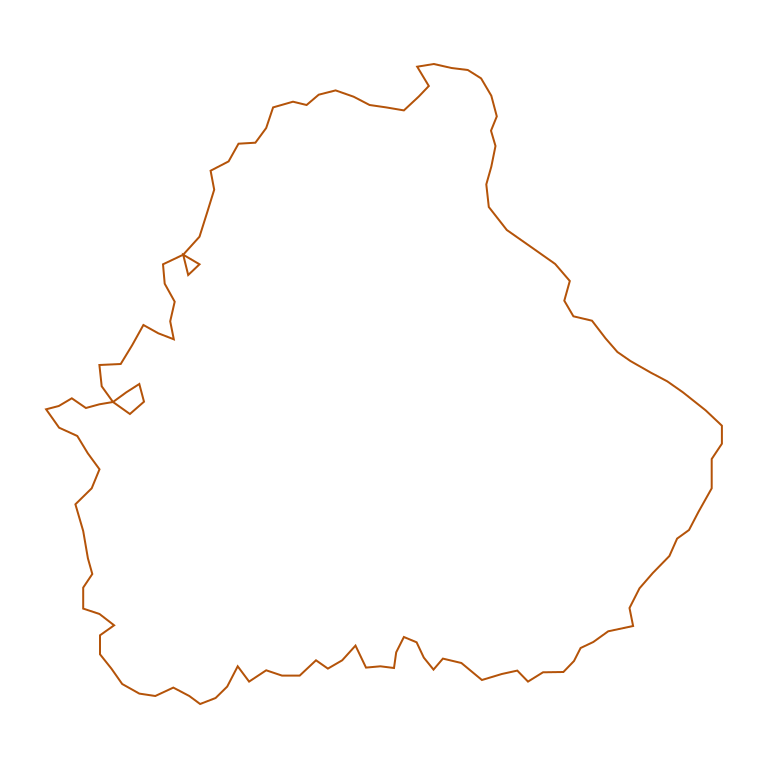 outline of Santa Terezinha do Progresso, Santa Catarina, Brazil
{"feature_id": "56859067B77763661089078", "entity_name": "Santa Terezinha do Progresso", "entity_type": "district", "adm_level": 2, "iso_a3": "BRA", "parent_name": "Brazil", "parent_adm1": "Santa Catarina", "projection": "natural_earth1", "projection_center": [-53.177, -26.585], "detail": "fine", "context": "isolated", "style": "outline", "palette": "amber", "viewbox_px": 768, "rotation_deg": 0, "n_neighbors": 0, "source": "geoboundaries", "source_scale": "gbopen_adm2", "svg_char_len": 1768}
<svg xmlns="http://www.w3.org/2000/svg" viewBox="0 0 768 768"><path d="M633.1,626.0L629.5,608.0L639.5,588.3L652.8,573.0L669.4,556.0L677.1,538.6L689.0,530.0L698.4,512.0L711.7,488.3L711.7,459.0L721.9,443.7L721.9,425.7L705.6,410.3L682.9,392.3L667.2,381.3L650.9,372.7L630.4,361.0L617.4,352.0L605.5,338.3L592.0,320.7L573.4,316.3L564.3,300.7L569.8,281.0L555.2,264.0L537.2,251.3L506.8,230.0L488.8,207.0L486.3,184.4L491.3,166.7L495.5,146.0L491.0,130.7L496.8,116.4L491.3,95.7L481.1,78.4L467.8,70.0L451.5,68.0L433.8,64.0L417.2,66.7L428.8,86.0L418.9,96.4L403.9,110.4L386.2,107.4L369.6,105.0L353.6,96.7L335.6,90.4L318.7,94.7L306.6,105.0L293.0,101.7L273.1,107.4L266.2,128.0L255.4,142.7L238.5,143.7L228.6,161.4L210.6,170.7L214.2,189.7L207.3,212.0L199.5,236.7L183.2,254.7L163.0,264.3L164.7,283.7L174.7,301.7L170.2,321.3L173.8,339.3L158.3,333.3L143.4,325.0L132.1,345.3L120.7,364.0L99.4,365.0L101.7,386.3L113.0,402.0L99.4,404.3L85.9,408.0L71.8,398.3L58.8,406.0L46.1,409.3L59.1,427.7L77.3,436.0L87.8,453.3L99.5,469.3L91.7,488.3L75.4,504.3L83.2,531.0L87.9,558.3L92.3,574.0L83.2,587.6L83.2,608.6L99.5,614.0L114.1,625.3L100.0,635.3L100.0,654.3L111.4,668.6L122.2,684.0L139.3,693.6L155.3,696.0L173.3,687.6L189.3,696.0L200.1,704.0L215.6,698.0L227.2,686.6L237.7,666.3L249.1,681.6L266.2,670.3L282.0,675.6L299.7,675.6L316.0,660.3L327.9,668.6L342.2,660.3L355.5,645.6L366.0,667.6L380.4,666.3L394.0,668.0L396.2,652.3L403.9,637.0L416.6,642.3L423.8,657.6L433.5,669.6L442.9,658.6L461.4,663.0L481.9,680.0L501.8,674.0L517.3,670.6L528.0,681.6L543.0,672.3L563.4,672.0L574.0,661.0L580.6,648.0L593.3,642.0L608.2,631.3L633.1,626.0ZM113.0,402.0L126.3,392.3L139.3,384.0L144.0,401.7L129.9,414.0L113.0,402.0ZM183.2,254.7L199.5,264.3L188.2,275.0L183.2,254.7Z" fill="none" stroke="#b45309" stroke-width="2"/></svg>